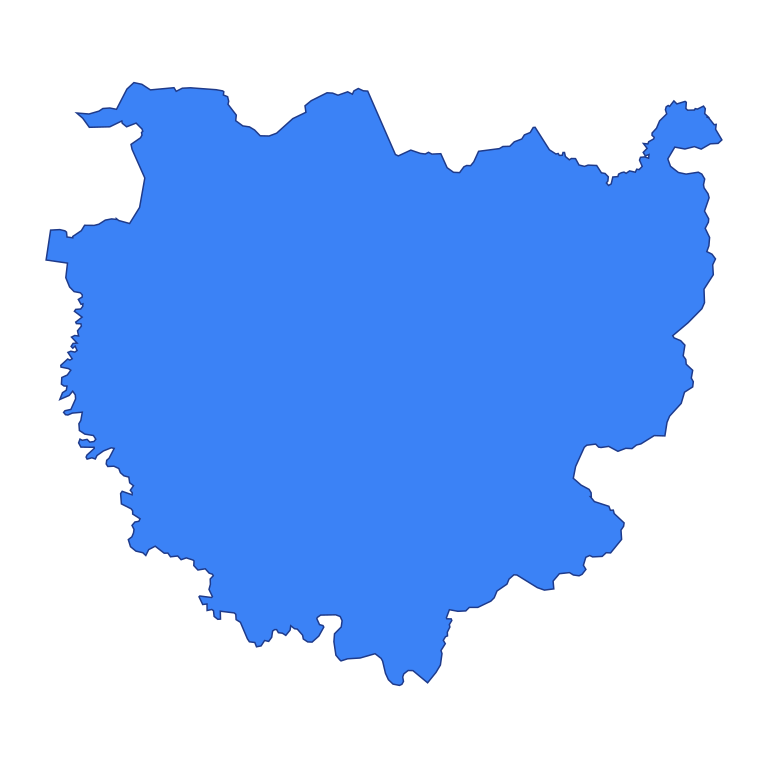 Comoe, Komoé, Burkina Faso
{"feature_id": "67063806B6461887322435", "entity_name": "Comoe", "entity_type": "district", "adm_level": 2, "iso_a3": "BFA", "parent_name": "Burkina Faso", "parent_adm1": "Komoé", "projection": "orthographic", "projection_center": [-4.497, 10.243], "detail": "fine", "context": "isolated", "style": "filled", "palette": "blue", "viewbox_px": 768, "rotation_deg": 0, "n_neighbors": 0, "source": "geoboundaries", "source_scale": "gbopen_adm2", "svg_char_len": 6014}
<svg xmlns="http://www.w3.org/2000/svg" viewBox="0 0 768 768"><path d="M703.5,106.1L697.4,109.1L695.2,108.6L694.5,110.0L687.6,110.2L685.9,108.5L686.3,102.3L685.1,101.4L676.9,103.9L673.9,100.9L669.6,106.4L668.2,105.5L666.2,106.8L665.4,109.7L666.7,113.9L659.6,120.9L656.5,128.2L652.1,133.0L652.0,135.3L654.2,137.3L653.7,138.9L648.7,141.7L647.9,143.9L643.4,143.5L647.1,148.4L643.2,152.4L645.3,155.9L649.0,154.5L648.6,158.2L644.7,156.9L640.5,157.3L639.5,160.1L642.2,166.4L639.1,169.6L636.7,169.2L635.3,172.2L629.6,170.9L626.1,173.3L624.0,172.1L621.4,172.7L618.6,174.1L617.9,176.6L612.8,177.0L611.2,183.9L608.6,185.5L606.4,183.0L607.9,181.0L608.3,176.8L605.1,173.5L601.4,172.8L596.7,165.5L588.1,165.1L584.5,166.4L579.0,165.0L575.5,158.6L571.4,158.5L569.3,159.8L565.4,156.5L564.5,152.5L563.0,152.5L562.2,155.3L559.3,155.4L558.2,153.5L555.9,154.0L549.4,149.8L535.1,127.3L533.2,127.5L530.2,132.5L524.4,134.9L521.8,139.0L514.3,141.8L509.8,146.3L502.9,146.5L499.4,148.6L478.6,151.3L473.8,161.8L470.6,165.7L466.7,165.5L463.9,166.8L459.6,172.6L453.5,172.3L447.1,167.7L440.8,153.7L431.9,154.1L428.5,152.3L425.3,154.0L420.4,153.4L410.8,150.1L398.3,155.9L395.4,154.5L367.7,91.1L363.3,90.8L358.3,88.5L353.9,90.9L352.4,94.2L347.7,91.8L338.0,95.2L332.6,93.1L327.0,92.8L311.2,100.7L305.0,105.8L305.9,112.3L292.8,118.6L276.6,133.2L269.1,136.0L260.2,135.8L254.6,130.0L249.5,126.9L242.8,125.9L235.7,120.7L236.3,115.1L228.0,104.3L228.7,101.3L227.6,96.7L223.4,95.0L223.8,91.7L222.7,90.9L216.1,89.7L190.5,87.8L182.3,88.2L176.2,91.3L174.0,87.7L150.4,89.9L141.9,84.3L133.9,82.6L126.9,89.1L116.5,109.3L109.8,108.0L102.9,108.5L99.0,111.1L89.0,114.0L76.7,113.0L82.7,118.2L89.3,127.3L109.8,126.8L121.8,121.0L122.2,123.2L126.6,126.8L136.1,123.1L142.0,129.0L142.8,131.3L141.5,132.5L142.0,135.1L140.5,137.8L131.0,144.4L132.1,149.4L144.8,178.0L139.6,207.4L129.6,223.5L118.7,220.5L116.3,218.6L116.3,219.4L111.6,218.9L105.3,220.1L98.9,224.2L94.2,225.4L84.6,225.3L81.3,230.7L72.8,236.4L72.8,237.8L67.0,237.0L66.5,232.1L64.9,230.8L59.8,229.6L50.6,230.1L46.1,260.0L67.5,263.1L65.8,277.7L69.6,287.0L74.1,291.6L80.4,292.8L82.3,294.9L82.2,297.0L78.3,299.4L81.1,304.4L82.9,303.8L82.7,306.4L80.7,309.0L75.7,309.4L74.4,311.3L82.1,317.1L75.7,322.1L76.4,323.6L80.9,323.8L81.4,326.1L77.5,330.8L78.6,336.0L74.7,335.5L71.5,337.1L77.1,343.1L73.1,343.4L71.1,346.4L72.8,348.2L75.1,346.1L77.1,350.5L74.8,352.1L70.8,351.2L67.9,352.4L72.2,358.8L69.9,360.1L67.7,359.0L60.8,365.3L61.0,367.1L68.5,368.6L70.8,370.2L67.3,375.0L61.8,377.5L61.4,384.1L64.0,386.0L67.0,386.1L66.3,390.2L62.5,392.7L59.8,399.5L69.2,395.4L72.7,391.2L75.3,394.9L75.6,398.9L70.9,409.4L65.0,410.7L63.6,412.4L65.5,414.7L67.9,415.0L72.3,413.1L82.3,412.2L80.8,420.5L78.9,423.7L79.4,430.5L84.8,434.1L93.4,435.5L95.8,439.2L94.0,441.5L89.8,442.1L87.1,439.4L82.2,440.3L80.0,439.1L78.6,442.9L80.9,447.1L94.1,447.3L94.3,448.4L87.0,455.0L86.1,457.1L87.1,459.1L91.9,457.8L95.3,459.0L97.0,455.5L103.5,450.9L111.2,447.8L114.2,448.4L109.1,458.2L106.7,460.3L106.2,464.0L107.8,466.5L113.9,466.2L118.8,468.5L120.4,472.7L123.9,475.8L128.8,477.1L129.7,482.8L133.5,485.7L130.3,490.3L132.3,492.8L132.1,494.8L122.2,491.3L120.6,493.6L121.4,503.9L131.1,508.8L132.6,510.7L132.7,514.1L140.1,518.8L138.8,521.3L134.9,522.0L132.0,525.4L134.0,529.4L133.5,532.9L131.9,536.8L128.3,539.6L130.5,546.7L135.9,551.1L142.8,552.7L145.8,555.5L148.7,549.6L155.2,546.2L164.2,553.2L167.9,553.1L170.5,556.8L177.7,556.0L181.1,559.7L186.3,557.9L192.9,560.0L194.0,560.9L193.8,565.6L197.9,570.0L205.3,568.8L209.1,573.1L212.4,574.2L213.3,575.7L210.2,579.0L210.4,584.3L209.0,589.4L212.4,596.6L211.5,597.5L199.8,596.0L199.0,596.8L202.7,604.5L207.0,604.0L207.1,610.5L211.8,609.5L213.5,610.7L214.1,616.4L217.8,619.3L220.5,619.1L220.3,611.2L234.2,612.9L235.8,614.3L236.1,619.6L240.4,622.3L247.4,638.8L249.4,641.8L254.8,642.5L256.5,646.8L261.1,645.9L264.6,640.5L268.7,641.4L271.7,637.3L272.6,631.1L274.6,629.6L276.6,629.6L278.4,632.7L282.4,633.2L285.8,635.4L290.1,630.1L290.7,625.7L294.5,628.7L297.3,629.1L302.6,635.2L303.3,639.0L307.7,641.9L312.1,642.1L318.8,636.1L323.8,627.1L323.0,625.6L319.5,624.6L316.8,618.7L317.4,617.4L320.6,615.1L335.7,614.8L340.2,616.5L342.1,620.7L341.2,627.0L334.5,633.8L333.9,641.7L335.9,655.2L339.8,659.9L341.0,660.9L347.6,658.8L360.1,658.0L375.1,653.7L381.1,658.4L382.6,661.1L385.5,673.4L388.4,679.7L393.0,684.1L399.5,685.4L401.9,684.3L403.5,681.4L402.7,677.0L403.8,673.9L408.1,670.5L412.9,670.6L427.6,682.8L436.0,672.4L440.4,665.0L442.0,653.6L441.0,650.5L445.3,643.7L443.3,640.3L445.5,636.7L447.5,635.9L447.3,632.2L449.9,627.0L449.3,624.6L451.8,620.5L451.2,618.9L446.8,618.8L446.4,617.8L449.4,609.7L457.9,611.3L465.8,610.9L469.3,607.4L477.8,607.4L490.9,601.1L494.2,597.8L497.0,591.0L507.0,584.1L509.0,579.1L513.9,574.8L516.9,575.0L537.3,587.6L544.4,590.1L553.8,588.9L553.1,581.1L559.4,573.7L569.5,572.6L573.4,575.0L579.1,575.8L582.1,574.3L585.9,569.4L583.4,565.3L585.8,557.3L589.7,555.5L592.6,556.9L602.2,556.4L606.2,552.7L610.6,552.9L621.6,539.4L621.0,530.1L623.6,526.3L624.1,522.9L614.2,513.6L613.3,510.1L610.4,510.3L608.9,506.3L594.4,501.6L590.3,496.6L591.3,496.6L591.1,492.7L589.1,489.4L581.1,485.1L573.3,478.3L575.6,466.5L584.3,447.3L586.8,445.2L595.7,444.1L598.6,447.1L601.0,447.5L608.7,446.4L617.9,451.3L625.8,448.3L632.0,448.6L636.5,445.0L640.9,443.9L654.2,435.6L664.9,435.9L667.0,422.4L669.6,416.1L681.2,403.4L684.5,392.2L692.7,386.9L693.3,381.7L691.3,378.1L692.7,370.3L686.2,364.2L685.8,359.5L683.2,355.8L684.9,345.1L680.7,340.7L674.1,337.9L672.7,335.7L688.0,322.8L701.9,308.7L704.5,302.7L704.0,289.2L713.3,274.7L712.7,264.8L715.5,258.9L712.0,254.2L706.8,251.6L708.9,245.8L709.6,237.5L705.2,228.3L708.4,222.2L708.7,218.8L704.5,211.1L709.1,197.8L708.1,193.9L704.1,187.9L703.5,184.8L704.7,179.0L701.8,174.1L698.3,172.2L686.1,174.1L678.4,172.5L670.5,166.3L667.8,158.9L674.8,147.1L684.9,149.0L694.4,146.6L701.2,149.1L710.4,143.8L718.1,143.4L721.9,139.9L715.6,129.3L716.2,124.4L714.1,124.7L708.6,117.7L706.4,116.9L708.2,116.9L704.7,113.6L705.3,108.7L703.5,106.1Z" fill="#3b82f6" stroke="#1e3a8a" stroke-width="1.5"/></svg>